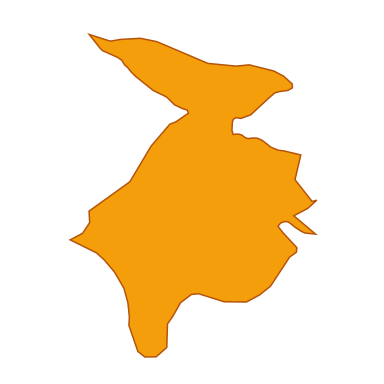 SVG path tracing the border of Nova Goriška, rotated 177°
{"feature_id": "SVN-260", "entity_name": "Nova Goriška", "entity_type": "Statistical Region", "adm_level": 1, "iso_a3": "SVN", "parent_name": "Slovenia", "parent_adm1": "", "projection": "natural_earth1", "projection_center": [13.71, 45.972], "detail": "fine", "context": "isolated", "style": "filled", "palette": "amber", "viewbox_px": 384, "rotation_deg": 177, "n_neighbors": 0, "source": "natural_earth", "source_scale": "10m", "svg_char_len": 1307}
<svg xmlns="http://www.w3.org/2000/svg" viewBox="0 0 384 384"><g transform="rotate(177 192 192)"><path d="M81.4,223.3L88.5,198.9L72.6,176.3L67.8,177.3L68.5,176.7L77.4,169.5L91.6,162.9L70.8,143.5L81.3,145.1L84.9,147.0L90.7,151.2L94.4,154.6L97.6,157.2L101.4,157.6L105.1,156.4L107.9,153.2L103.0,146.2L90.2,130.9L90.9,126.4L97.9,121.9L118.5,93.9L129.7,85.8L143.4,79.3L165.6,80.7L190.9,90.1L198.0,89.7L209.2,82.1L217.6,69.0L223.4,61.5L225.3,38.1L236.4,29.3L247.7,29.7L254.4,35.6L262.0,62.1L261.1,70.5L261.8,84.8L265.0,99.4L273.6,116.1L283.3,128.9L290.4,136.1L316.2,150.6L303.4,156.5L295.8,166.8L295.8,178.3L253.5,205.5L230.5,239.9L210.6,260.9L204.4,262.9L191.5,270.9L192.5,274.1L197.2,275.8L204.9,280.0L212.4,288.2L225.4,295.4L242.3,310.4L246.4,315.0L249.7,319.6L252.6,322.4L255.2,327.2L259.2,330.3L273.9,337.8L276.3,340.4L286.4,354.7L265.7,346.9L255.5,348.1L235.5,348.2L219.3,344.0L169.4,319.6L141.3,315.4L128.2,316.0L103.8,308.5L94.5,302.9L86.2,294.5L86.3,290.7L91.0,288.4L98.8,287.8L104.1,286.7L111.1,281.2L129.4,265.9L139.4,262.9L144.4,264.0L146.9,262.5L148.0,259.7L148.9,251.5L147.9,247.3L144.5,247.5L141.3,247.1L138.9,246.0L136.8,244.1L134.9,242.9L132.2,242.4L128.4,242.8L123.8,242.3L119.3,240.0L110.8,232.6L103.9,229.3L98.0,228.2L81.4,223.3Z" fill="#f59e0b" stroke="#b45309" stroke-width="1.5"/></g></svg>